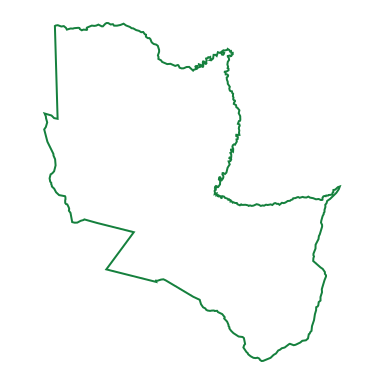 San Pedro, Jujuy, Argentina
{"feature_id": "61730980B38086174579280", "entity_name": "San Pedro", "entity_type": "district", "adm_level": 2, "iso_a3": "ARG", "parent_name": "Argentina", "parent_adm1": "Jujuy", "projection": "albers", "projection_center": [-64.748, -24.311], "detail": "fine", "context": "isolated", "style": "outline", "palette": "green", "viewbox_px": 384, "rotation_deg": 0, "n_neighbors": 0, "source": "geoboundaries", "source_scale": "gbopen_adm2", "svg_char_len": 5892}
<svg xmlns="http://www.w3.org/2000/svg" viewBox="0 0 384 384"><path d="M156.1,281.9L155.7,281.0L155.9,280.6L157.3,280.8L161.0,279.6L163.4,279.3L165.6,280.3L193.3,296.8L199.7,299.8L201.0,304.2L203.1,307.3L205.4,308.5L206.1,309.7L207.5,310.5L210.1,310.9L211.6,310.6L213.9,310.5L214.7,311.0L217.1,310.8L218.0,312.1L222.2,314.1L224.7,317.2L224.2,318.5L227.1,321.6L228.5,324.9L228.6,326.2L229.4,327.2L229.4,328.5L231.1,330.8L233.4,333.1L238.6,336.5L242.6,337.0L243.9,338.1L245.1,344.0L244.1,345.3L243.4,347.5L246.5,352.1L247.7,353.1L248.2,354.3L250.7,356.3L253.4,357.8L255.7,358.1L257.5,357.7L259.3,358.6L260.1,360.0L261.6,361.0L263.1,360.9L270.6,357.8L273.6,354.9L276.0,353.5L278.2,350.5L280.2,349.6L281.7,348.3L284.7,347.5L289.0,344.2L289.9,343.8L293.7,345.2L295.5,344.8L300.3,342.5L302.3,340.8L305.9,340.3L308.0,338.5L308.8,334.2L309.6,333.7L310.4,332.0L311.5,330.9L312.0,326.1L314.0,320.2L314.9,314.3L316.1,310.2L316.2,307.2L317.6,306.5L318.3,305.3L318.7,302.1L320.5,300.6L320.5,297.0L322.0,292.3L321.8,289.2L324.5,280.2L326.0,276.5L326.0,275.3L324.9,273.8L324.9,272.1L322.7,268.9L320.5,267.4L313.2,261.0L313.4,258.1L314.0,256.4L313.4,255.2L313.5,253.6L315.5,248.6L315.6,244.7L318.5,239.1L318.9,236.0L319.7,234.6L322.1,226.7L322.1,224.9L321.0,222.6L321.3,220.7L322.6,216.1L323.7,214.1L323.7,213.1L324.5,211.9L324.5,209.9L325.4,207.0L325.3,204.7L326.5,203.3L327.2,200.9L330.1,198.9L336.3,192.9L338.8,189.2L339.8,186.5L337.8,187.2L335.3,189.6L333.4,190.0L333.3,192.2L332.7,192.5L332.3,194.2L330.9,194.8L328.6,195.0L328.0,195.6L326.2,195.5L325.8,196.2L324.4,196.0L323.4,196.4L322.5,197.8L322.5,199.7L322.2,199.9L320.9,200.0L318.7,199.0L316.0,199.3L313.2,198.2L310.0,197.6L308.3,196.6L306.5,197.5L304.1,197.4L302.7,196.9L299.6,197.8L298.4,197.1L297.4,197.2L295.4,198.1L293.2,198.3L292.6,199.4L291.1,199.9L290.0,200.8L287.7,201.0L285.5,202.5L283.8,203.1L281.9,202.8L279.5,204.8L278.2,203.8L277.0,203.9L275.4,203.1L274.3,203.3L272.3,205.0L270.7,204.4L267.7,205.0L266.0,204.7L264.0,205.7L262.8,205.4L260.8,205.9L258.7,204.7L256.6,204.2L253.5,205.6L251.7,205.9L250.0,205.4L248.7,205.9L247.9,205.3L245.6,204.8L241.7,204.9L241.1,204.4L239.9,205.3L237.4,204.2L236.8,203.0L235.2,203.0L233.2,202.2L232.7,202.6L231.5,201.2L230.5,201.5L230.4,200.1L229.7,200.0L229.2,199.4L228.3,199.8L227.8,198.8L224.9,197.8L224.2,196.7L222.6,196.2L221.4,196.3L221.2,197.0L221.8,197.2L221.7,197.9L221.3,198.0L220.1,196.1L218.9,195.6L218.6,196.4L217.7,196.1L217.6,195.7L218.3,195.5L217.8,194.9L216.3,195.3L216.6,193.4L214.7,194.1L215.0,192.8L214.6,191.0L215.0,189.9L215.7,189.9L215.8,189.6L215.8,188.8L214.9,188.0L215.2,186.7L216.0,186.0L216.8,186.3L216.8,187.2L218.1,187.1L220.0,184.4L220.2,180.7L218.9,179.5L219.1,177.8L219.5,177.2L220.3,177.3L220.8,178.4L220.6,179.7L221.6,180.3L223.0,178.4L223.4,177.0L223.3,175.9L222.4,174.5L222.6,173.1L223.1,173.0L225.0,174.0L226.4,172.6L227.6,167.7L229.7,164.4L228.6,161.4L230.4,161.0L231.2,159.6L231.0,158.3L230.1,158.8L229.3,158.1L229.6,157.5L231.0,157.7L231.2,157.3L231.3,154.7L230.4,153.0L231.4,152.6L232.1,151.4L231.1,150.8L231.0,149.6L232.1,149.4L233.1,150.8L233.2,148.9L232.4,146.8L232.8,145.3L234.1,144.3L235.0,144.7L236.8,141.6L236.5,139.4L237.6,139.1L237.9,137.4L237.5,136.2L236.8,136.4L236.2,136.0L236.3,134.8L239.4,134.9L239.0,132.8L239.3,130.4L238.8,128.4L239.1,126.7L239.7,125.8L239.4,124.4L237.9,123.8L238.9,121.1L240.1,120.7L240.3,119.6L240.2,116.1L238.7,113.2L239.4,110.3L237.6,108.0L236.4,107.3L236.0,105.1L233.8,103.9L234.0,102.7L235.0,101.2L234.9,100.6L233.7,100.0L233.2,99.1L233.5,97.5L232.9,96.3L233.1,93.7L232.3,93.1L231.9,91.3L230.4,91.1L229.7,90.2L229.3,88.5L229.8,86.8L227.8,83.8L227.7,81.7L226.9,79.7L226.7,77.5L227.9,76.5L228.1,75.3L227.3,74.5L225.7,74.4L225.6,72.8L224.7,72.0L224.8,71.7L226.9,71.3L228.5,70.3L228.5,68.7L227.6,68.1L228.1,66.9L227.4,64.5L227.8,61.8L229.1,59.9L228.8,57.9L227.8,56.7L227.8,56.0L230.0,55.5L230.6,56.2L231.3,56.0L231.9,54.8L232.7,54.3L232.7,52.8L231.3,52.8L231.0,51.1L230.1,51.5L229.3,50.0L227.7,49.0L227.5,49.8L224.7,50.5L223.4,50.3L222.1,51.3L222.8,52.2L224.2,52.9L223.7,54.2L223.1,54.8L222.0,54.6L221.4,53.3L221.4,51.9L219.9,52.9L217.9,52.2L216.7,55.9L215.6,54.9L213.6,54.9L213.1,58.5L211.1,60.3L210.2,60.1L211.4,59.4L210.3,58.1L210.2,57.0L209.3,57.4L208.3,57.2L207.9,58.0L206.1,58.5L206.6,60.5L206.0,62.2L206.5,63.1L205.9,63.9L205.4,63.8L205.1,62.8L203.7,61.4L203.0,61.5L202.8,62.9L203.8,63.5L203.0,64.2L203.3,66.0L202.8,66.9L202.1,66.7L201.2,65.1L198.9,64.3L198.9,64.9L199.9,65.9L200.0,66.9L198.0,67.5L197.5,68.1L196.9,67.7L197.0,66.0L195.8,66.1L195.4,66.5L196.3,69.0L193.9,69.7L193.1,70.6L189.1,66.9L186.6,67.0L183.6,68.3L181.7,68.4L179.6,67.7L178.5,65.4L177.9,65.0L175.2,65.9L170.5,63.8L167.2,64.1L162.1,61.9L161.1,60.4L158.4,58.9L158.5,56.9L157.9,55.4L159.1,51.9L159.1,49.9L157.8,45.8L156.2,44.6L153.8,44.0L152.4,43.0L151.4,41.8L150.5,39.3L149.4,38.1L147.9,38.1L146.3,37.1L145.9,36.5L146.0,34.7L144.8,34.2L143.2,32.0L141.2,32.2L138.9,30.8L136.2,30.1L133.3,28.4L131.6,28.2L129.8,26.9L126.1,25.5L123.6,23.7L120.3,25.0L116.8,25.7L114.1,25.7L112.9,24.2L110.6,24.5L108.3,23.1L106.8,23.0L105.5,23.6L102.9,26.3L101.7,26.3L98.4,24.6L96.2,25.6L94.3,25.9L91.8,25.6L87.0,27.6L86.7,28.1L87.1,29.4L86.8,29.9L83.5,29.6L81.8,30.3L79.9,29.1L79.4,28.0L78.3,27.8L74.1,28.2L73.0,28.6L70.5,28.5L66.9,29.6L65.9,27.8L63.8,26.1L61.3,26.5L57.8,25.2L55.8,25.5L54.9,26.0L57.6,118.8L54.1,118.1L51.5,115.5L44.6,113.5L45.9,116.5L46.0,118.1L47.2,122.4L45.8,127.1L44.2,129.4L47.4,141.7L53.4,153.9L53.5,155.6L55.1,159.2L55.6,165.4L54.1,171.3L52.3,173.3L50.6,174.4L49.6,178.3L50.2,181.6L51.3,183.0L51.2,184.1L51.8,185.4L51.9,186.5L54.2,188.7L56.1,192.3L59.1,195.1L65.0,196.2L65.4,197.0L65.5,199.3L65.2,200.0L65.2,202.9L66.1,204.1L67.3,204.4L68.7,207.3L69.2,208.8L68.9,210.7L70.5,212.9L72.2,222.1L74.7,222.7L77.3,222.6L80.7,220.8L83.6,220.0L84.3,219.4L97.2,223.0L133.8,232.2L106.3,269.4L156.1,281.9Z" fill="none" stroke="#15803d" stroke-width="2"/></svg>